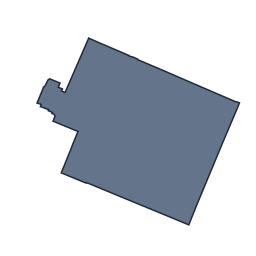 outline of Converse, Wyoming, United States of America, rotated 113°
{"feature_id": "52423323B34059726756827", "entity_name": "Converse", "entity_type": "district", "adm_level": 2, "iso_a3": "USA", "parent_name": "United States of America", "parent_adm1": "Wyoming", "projection": "orthographic", "projection_center": [-105.578, 42.894], "detail": "fine", "context": "isolated", "style": "filled", "palette": "slate", "viewbox_px": 256, "rotation_deg": 113, "n_neighbors": 0, "source": "geoboundaries", "source_scale": "gbopen_adm2", "svg_char_len": 711}
<svg xmlns="http://www.w3.org/2000/svg" viewBox="0 0 256 256"><g transform="rotate(113 128 128)"><path d="M60.6,199.3L60.9,199.3L119.9,199.8L119.9,203.6L117.7,203.6L117.7,208.1L113.2,208.1L113.3,219.3L115.0,220.4L122.2,220.9L123.3,221.8L126.3,221.6L140.6,221.5L140.2,217.1L142.5,217.0L142.1,208.2L143.2,208.2L143.2,203.8L144.3,203.8L144.3,201.6L145.4,199.7L151.0,199.7L150.8,175.8L150.6,172.7L165.4,172.5L169.7,172.3L184.4,172.1L195.4,171.9L195.1,145.1L194.5,144.9L193.4,34.2L173.3,34.6L105.4,35.1L68.1,35.1L61.3,35.2L61.3,37.8L61.8,38.6L61.5,92.1L61.3,114.8L61.3,136.4L61.3,145.9L60.8,146.0L60.8,152.2L61.4,154.6L60.9,155.2L60.8,188.5L60.6,199.3Z" fill="#64748b" stroke="#1e293b" stroke-width="1.5"/></g></svg>